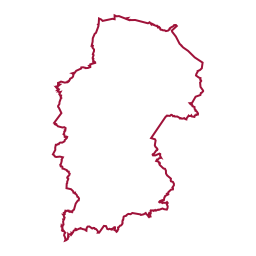 outline of Quitupan, Jalisco, Mexico
{"feature_id": "50627088B17402794526783", "entity_name": "Quitupan", "entity_type": "district", "adm_level": 2, "iso_a3": "MEX", "parent_name": "Mexico", "parent_adm1": "Jalisco", "projection": "orthographic", "projection_center": [-102.887, 19.794], "detail": "fine", "context": "isolated", "style": "outline", "palette": "rose", "viewbox_px": 256, "rotation_deg": 0, "n_neighbors": 0, "source": "geoboundaries", "source_scale": "gbopen_adm2", "svg_char_len": 5733}
<svg xmlns="http://www.w3.org/2000/svg" viewBox="0 0 256 256"><path d="M166.8,209.6L167.5,208.1L167.7,206.2L166.8,204.5L167.7,203.0L167.0,202.1L166.4,202.7L165.0,202.9L163.4,202.5L162.7,203.1L162.2,202.9L162.3,202.0L159.6,202.4L159.2,202.0L159.9,201.1L162.3,200.1L163.9,200.0L164.4,197.3L165.1,196.6L165.2,195.9L168.0,194.5L167.1,193.6L168.4,192.9L168.4,192.1L171.1,189.6L172.9,189.4L173.0,188.2L172.4,187.5L173.9,185.3L173.9,183.7L172.9,181.9L171.0,181.3L170.7,180.4L170.9,178.6L167.1,175.4L166.0,173.5L165.9,170.6L165.0,168.8L163.5,168.5L159.7,164.9L159.4,164.1L159.7,163.7L159.4,163.5L159.6,162.7L158.8,162.5L158.5,161.6L156.2,161.0L157.0,159.5L158.1,159.3L159.2,158.2L160.2,158.0L160.6,157.3L161.0,157.5L160.1,155.9L160.2,154.0L159.4,153.6L155.3,155.4L153.0,155.4L152.6,154.7L152.8,154.2L153.9,153.8L156.4,150.3L157.1,150.2L157.5,149.5L157.2,148.6L155.3,146.6L154.8,145.2L155.6,140.5L155.0,139.3L151.1,138.1L165.8,116.5L166.7,116.2L167.0,115.6L169.9,115.9L171.2,114.8L172.1,115.1L173.1,116.3L174.1,115.9L174.8,116.5L177.3,116.5L179.8,118.0L180.1,118.5L180.8,118.1L181.6,118.6L183.0,118.6L184.2,118.1L185.3,119.1L186.4,119.4L186.5,118.5L188.6,115.7L188.8,116.0L189.8,116.0L191.0,115.9L191.3,115.5L191.7,116.4L194.4,116.9L194.8,115.5L196.4,115.0L196.4,114.5L197.9,114.5L198.0,113.4L196.8,111.5L195.4,110.7L195.7,110.1L194.6,108.9L194.5,107.0L192.5,106.3L192.3,105.9L192.6,105.7L191.9,104.4L190.7,104.4L189.7,103.2L192.0,103.0L195.6,96.7L200.4,95.0L200.8,93.1L201.5,92.9L203.1,91.3L203.1,90.6L200.5,86.9L200.1,82.5L201.2,81.0L201.1,80.4L200.4,80.1L200.2,79.6L200.5,78.1L198.9,77.6L196.0,75.5L196.3,74.1L197.7,71.6L197.6,71.1L200.0,70.0L201.8,68.3L202.6,62.6L194.7,57.4L188.1,50.9L183.2,47.5L181.4,45.7L181.5,45.5L179.6,43.8L175.9,36.6L172.2,31.8L171.8,30.6L176.8,26.0L175.9,25.0L174.1,25.1L173.6,26.0L170.2,27.9L170.1,28.5L169.5,28.7L169.5,29.4L168.1,30.6L165.9,31.1L164.6,30.3L162.9,30.3L162.3,29.9L160.7,29.7L160.3,29.4L160.2,28.2L159.1,26.9L158.5,26.7L158.9,27.6L157.9,27.5L157.7,26.3L157.0,25.7L156.5,26.0L153.3,24.8L153.5,24.5L151.7,23.6L151.3,24.4L149.6,22.3L148.0,23.3L135.2,20.0L130.5,20.1L130.0,19.8L129.5,20.2L126.6,19.1L127.6,18.1L125.2,18.5L119.0,16.1L116.5,16.3L114.6,15.4L114.6,19.2L112.5,18.8L102.6,20.9L101.2,19.5L99.0,18.5L98.7,24.1L98.0,24.5L98.5,25.3L98.4,26.2L96.0,32.8L94.7,33.8L92.8,38.2L92.6,41.8L91.6,45.9L92.8,45.9L92.4,47.5L94.0,49.5L94.0,51.1L92.8,54.3L93.6,55.1L92.6,58.0L93.4,58.8L92.9,59.8L93.6,60.7L93.2,61.6L95.1,62.2L95.2,62.9L90.3,64.3L90.3,65.3L89.2,65.7L90.3,66.7L90.3,67.1L87.8,68.0L85.5,68.1L85.4,67.8L83.2,67.3L81.3,67.4L81.0,68.6L76.2,70.8L74.4,73.2L73.9,72.8L72.2,73.3L72.7,73.5L73.4,74.9L73.0,76.6L71.9,77.8L70.1,78.7L69.8,79.8L68.9,80.6L69.0,81.1L67.8,82.1L67.3,81.7L66.9,82.3L64.7,82.6L61.0,81.6L58.5,82.9L58.1,82.1L58.0,85.1L58.6,84.5L59.9,84.6L58.0,86.2L56.7,86.4L57.6,87.9L56.3,87.5L57.2,88.6L58.6,89.2L57.6,90.1L58.6,90.1L58.1,91.2L58.4,91.1L59.2,92.4L60.5,92.0L59.3,94.2L59.9,95.1L61.9,95.7L60.8,95.9L60.5,96.4L60.7,97.3L61.3,98.0L60.8,98.5L59.5,102.1L59.4,104.0L58.1,106.0L58.1,106.8L58.9,107.8L61.4,113.1L54.1,122.9L55.8,123.8L55.2,124.4L57.1,125.3L57.9,126.3L62.4,127.5L64.3,127.2L65.6,128.1L65.4,129.7L64.8,130.1L65.2,130.8L64.2,131.8L64.3,132.8L63.5,134.2L64.6,135.2L64.7,136.9L66.0,137.0L66.6,136.6L67.2,136.9L66.7,138.2L64.8,140.0L64.5,141.3L62.3,142.6L60.2,142.6L59.5,142.9L58.7,144.2L57.5,144.2L56.8,144.9L55.8,144.8L55.2,147.8L55.3,149.9L52.9,154.4L54.4,155.5L54.7,156.4L56.1,157.0L59.9,156.6L62.9,157.3L61.5,159.9L61.8,160.6L60.9,164.1L60.3,164.6L60.5,165.9L60.8,166.4L61.5,166.2L62.3,166.7L62.5,168.6L63.7,168.8L66.9,170.2L67.2,171.1L68.4,171.5L68.2,171.7L68.9,172.9L69.7,173.6L69.4,174.9L68.3,176.0L68.3,176.5L67.6,176.8L67.2,177.8L68.3,178.9L67.2,181.7L67.2,183.1L66.7,183.7L66.5,188.2L71.0,189.2L73.0,191.1L73.5,192.7L75.0,192.6L74.9,193.5L75.7,193.8L76.8,195.1L77.4,196.8L78.0,196.9L79.0,198.4L78.7,200.4L77.7,200.7L75.7,203.6L74.0,209.6L72.4,210.8L72.4,211.8L72.1,212.2L70.6,211.4L70.1,211.9L69.4,211.8L69.3,211.2L68.5,211.1L68.5,210.6L67.3,210.6L66.4,211.0L65.4,210.7L65.1,211.7L65.2,212.1L64.0,212.8L64.8,213.8L64.8,214.2L64.3,214.6L63.1,214.6L63.8,215.5L64.0,217.0L64.6,217.4L64.1,219.3L63.2,219.4L63.5,220.2L63.1,221.6L63.5,224.6L62.7,225.2L62.8,225.8L61.8,226.4L61.5,225.9L61.4,226.6L62.2,227.1L62.6,228.2L62.1,229.0L63.0,230.0L62.4,230.1L62.1,230.6L62.7,231.0L63.6,231.0L65.3,232.7L64.4,233.8L64.1,235.3L65.2,237.7L65.2,238.5L65.6,239.3L65.1,240.6L66.4,240.1L66.2,239.4L67.8,238.9L67.8,238.1L68.6,236.8L68.1,236.5L68.2,234.2L68.6,234.7L70.3,234.1L71.0,235.0L72.2,233.5L71.8,232.8L72.3,232.9L73.1,232.2L73.7,230.7L75.2,229.9L75.5,228.8L75.9,228.9L76.2,230.1L79.5,228.5L80.0,228.7L80.6,228.1L82.3,229.0L85.5,229.7L85.6,230.3L86.4,230.7L86.6,228.3L87.1,227.3L87.6,226.6L89.4,226.5L92.2,228.5L93.3,227.9L94.4,228.0L94.7,228.8L96.1,229.1L97.3,230.5L98.2,231.9L97.8,232.7L99.1,232.7L103.9,225.9L106.0,226.1L107.3,229.0L108.4,229.3L109.6,228.8L110.7,229.2L111.5,229.0L111.6,229.6L112.0,229.6L113.0,228.3L113.7,228.2L114.3,227.2L115.0,227.3L115.0,228.5L114.4,230.0L115.8,230.7L116.5,231.8L117.2,231.3L117.1,230.5L117.5,230.5L118.3,229.2L118.0,227.5L118.9,227.1L120.0,225.7L121.1,225.4L122.2,224.2L122.3,223.2L122.6,223.0L122.4,221.3L122.7,220.2L123.0,220.2L123.2,219.8L123.6,216.9L124.0,216.4L126.3,215.7L126.6,215.0L128.3,213.9L130.6,214.2L132.3,213.0L140.4,214.4L140.7,214.9L141.2,214.9L143.7,214.3L145.7,213.0L146.5,214.4L147.9,215.2L148.3,216.4L149.0,217.1L149.4,216.7L150.5,216.5L150.0,214.8L149.1,214.2L148.9,213.7L149.2,212.9L150.7,213.2L150.6,210.6L150.9,210.3L152.1,210.6L153.0,210.3L153.7,210.9L155.1,210.0L155.6,210.6L156.4,210.5L157.1,210.0L158.3,209.6L158.8,209.9L162.5,208.5L164.1,209.2L166.8,209.6Z" fill="none" stroke="#9f1239" stroke-width="2"/></svg>